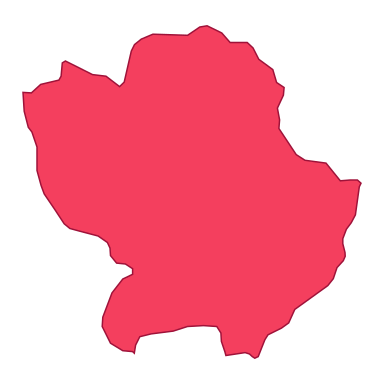 SVG path tracing the border of Angus
{"feature_id": "GBR-2019", "entity_name": "Angus", "entity_type": "Unitary District", "adm_level": 1, "iso_a3": "GBR", "parent_name": "United Kingdom", "parent_adm1": "", "projection": "mercator", "projection_center": [-2.915, 56.726], "detail": "fine", "context": "isolated", "style": "filled", "palette": "rose", "viewbox_px": 384, "rotation_deg": 0, "n_neighbors": 0, "source": "natural_earth", "source_scale": "10m", "svg_char_len": 1283}
<svg xmlns="http://www.w3.org/2000/svg" viewBox="0 0 384 384"><path d="M361.0,183.2L359.3,186.8L355.4,214.9L351.2,222.8L346.4,229.2L342.8,238.7L342.8,243.7L345.0,252.5L345.2,256.3L343.3,260.7L337.0,267.6L333.3,278.7L327.8,285.6L294.8,309.4L288.7,322.9L281.5,328.1L268.0,334.8L264.9,339.7L258.2,356.6L254.8,358.2L252.3,356.6L249.5,354.0L245.1,352.6L225.9,355.5L224.9,351.8L221.4,341.4L220.9,333.0L216.8,326.5L203.5,325.6L187.5,326.5L173.2,331.1L151.1,333.9L139.8,336.7L135.6,345.1L134.3,353.2L132.6,351.6L122.8,350.7L110.5,343.2L102.2,326.5L102.8,317.2L112.0,292.9L122.8,279.0L132.6,274.3L132.6,268.7L125.4,264.0L116.6,263.1L110.5,255.6L110.0,248.1L107.4,242.5L98.1,236.0L90.9,234.1L80.2,231.3L69.9,228.5L64.2,223.8L55.0,209.8L44.2,193.9L41.1,185.5L37.0,170.5L37.0,159.2L37.0,147.0L31.9,132.0L28.3,127.3L24.2,111.3L23.0,92.4L31.4,92.9L40.7,84.4L58.9,80.1L61.1,76.2L62.3,62.9L65.4,61.0L92.5,74.6L106.0,76.2L119.6,86.6L124.2,82.1L131.3,51.1L134.5,44.6L141.3,39.1L152.9,34.2L187.6,35.3L199.8,27.0L207.1,25.8L221.8,33.0L230.1,42.5L247.2,42.5L253.0,47.9L258.8,59.3L272.8,69.6L276.6,82.5L284.1,87.5L283.4,95.2L277.4,108.1L279.6,119.9L278.9,128.5L296.2,154.6L305.0,160.3L326.0,163.1L340.3,180.8L350.3,180.0L357.4,180.0L361.0,183.2Z" fill="#f43f5e" stroke="#9f1239" stroke-width="1.5"/></svg>